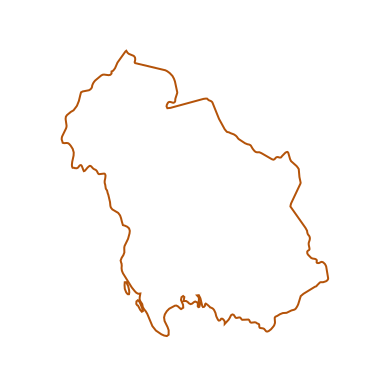 the border of Monagas, rotated 170°
{"feature_id": "VEN-46", "entity_name": "Monagas", "entity_type": "State", "adm_level": 1, "iso_a3": "VEN", "parent_name": "Venezuela", "parent_adm1": "", "projection": "equal_earth", "projection_center": [-62.996, 9.35], "detail": "fine", "context": "isolated", "style": "outline", "palette": "amber", "viewbox_px": 384, "rotation_deg": 170, "n_neighbors": 0, "source": "natural_earth", "source_scale": "10m", "svg_char_len": 5699}
<svg xmlns="http://www.w3.org/2000/svg" viewBox="0 0 384 384"><g transform="rotate(170 192 192)"><path d="M194.3,75.3L194.6,76.0L196.3,78.2L197.8,79.7L198.6,79.2L199.0,77.7L200.1,76.8L201.2,76.8L201.7,78.0L202.2,85.9L203.2,89.2L205.0,89.3L203.6,87.0L203.8,85.1L204.3,83.3L203.7,81.3L203.7,80.4L204.1,78.9L204.8,77.6L205.7,77.5L206.2,78.5L205.6,81.0L206.1,82.4L207.9,83.6L209.5,83.1L211.1,82.1L212.8,81.8L214.3,82.9L215.4,84.5L216.8,85.7L219.2,86.0L217.8,89.9L218.8,91.1L220.6,90.2L221.6,87.6L220.4,82.5L220.7,79.6L223.1,78.6L223.8,79.3L225.9,82.0L227.2,82.9L228.6,83.0L234.7,81.0L237.5,79.0L240.0,76.2L241.3,73.3L241.4,69.7L239.5,63.1L239.0,59.9L239.8,55.5L241.8,54.5L244.4,55.5L246.9,57.2L251.6,61.8L254.3,66.8L257.2,79.7L258.2,82.4L259.5,84.8L260.4,87.2L260.5,90.3L261.9,93.5L262.2,95.6L261.7,97.7L260.5,101.0L262.6,101.1L264.3,102.4L265.6,104.3L267.9,108.5L274.1,123.9L274.7,126.6L274.6,129.2L274.0,131.6L273.8,133.9L274.0,134.4L274.2,136.9L272.7,139.4L270.6,141.7L269.1,144.2L268.4,148.9L267.8,150.5L263.1,157.0L260.7,162.1L260.0,164.5L260.3,167.1L261.8,169.0L263.8,170.4L265.8,171.4L266.2,174.9L266.4,178.3L266.9,181.4L268.3,184.2L273.5,188.7L274.6,190.8L274.8,192.5L274.5,196.3L274.9,203.8L275.2,205.2L275.4,208.3L275.7,208.9L276.0,209.5L276.3,210.3L276.3,211.1L276.2,214.1L276.4,215.9L276.3,217.0L276.0,218.3L275.1,220.5L274.6,222.1L274.3,223.4L274.5,224.6L274.9,225.2L275.5,225.4L280.4,225.7L280.9,226.0L281.2,226.5L281.5,227.2L281.9,228.7L282.2,229.4L282.6,230.0L283.0,230.5L284.6,231.6L285.1,232.1L285.5,232.6L286.6,234.4L287.0,234.9L287.4,235.3L287.9,235.4L288.3,235.5L289.3,235.0L290.6,234.2L293.1,232.1L294.1,231.4L294.9,231.3L295.1,232.0L295.9,236.2L296.1,236.9L296.4,237.5L296.8,237.8L297.2,237.8L297.8,237.7L298.3,237.4L299.9,235.9L300.9,235.5L301.5,235.4L303.4,235.9L303.9,236.3L305.4,236.6L305.7,237.9L305.6,239.5L304.7,242.6L302.3,248.4L301.6,251.5L302.0,255.2L303.4,258.6L304.4,260.3L305.3,261.4L306.7,262.0L309.4,262.3L310.8,262.9L310.9,264.3L311.1,265.4L311.2,266.4L310.9,267.8L310.3,269.2L305.0,276.5L304.3,277.9L304.0,279.3L303.8,285.9L303.1,288.1L301.7,289.5L297.5,291.9L294.5,293.0L290.7,296.5L290.2,297.1L287.6,301.3L285.3,306.6L284.0,309.4L282.2,310.0L275.8,310.1L274.3,310.7L273.6,311.2L273.0,311.7L272.4,312.5L272.1,313.1L272.0,313.7L271.6,314.5L270.5,316.2L269.3,317.5L268.0,318.6L261.2,322.5L259.6,323.0L258.2,322.9L253.7,321.5L252.0,321.6L250.7,322.6L250.3,324.7L248.9,325.0L247.5,326.1L246.2,327.4L242.9,332.4L242.5,332.8L233.2,341.9L232.2,342.5L231.3,340.3L230.2,339.0L225.8,336.2L225.2,335.3L224.8,334.3L224.8,333.3L224.9,332.4L225.4,330.9L225.8,330.2L225.9,329.5L225.6,328.8L197.1,316.5L195.4,315.2L193.3,313.0L191.1,309.7L190.1,306.7L189.6,303.8L189.2,292.8L189.4,292.0L192.0,287.1L192.3,286.4L192.5,285.5L192.7,284.7L193.0,284.0L193.4,283.6L194.0,283.3L194.5,283.1L195.2,283.2L197.6,284.4L198.2,284.6L198.9,284.6L199.5,284.5L200.0,284.2L200.5,283.7L200.9,283.2L201.7,282.1L202.2,280.7L201.7,278.8L198.6,278.6L164.5,281.7L162.2,281.6L160.9,281.3L160.5,280.7L160.0,280.0L159.3,279.3L157.9,278.5L157.2,277.9L156.7,277.3L156.5,277.0L156.3,276.4L152.7,259.3L148.9,248.1L147.3,245.3L146.7,244.9L145.4,244.4L144.9,244.1L143.9,243.3L140.8,241.5L139.1,239.9L138.2,238.6L137.3,236.7L136.7,235.9L131.3,230.8L129.1,229.4L127.5,228.8L126.5,228.1L126.0,227.5L124.8,224.2L123.7,222.1L123.0,221.1L122.3,220.4L121.7,220.1L121.1,219.8L120.4,219.7L119.6,219.6L118.7,219.4L116.9,218.2L107.6,210.4L106.3,209.7L105.6,209.8L105.0,210.0L103.5,211.2L102.9,211.5L102.2,211.6L101.3,211.5L100.0,210.8L99.1,210.6L98.4,210.6L97.9,211.0L97.4,211.4L97.0,211.8L93.2,214.5L92.6,214.7L91.9,214.9L91.1,214.9L90.7,214.5L90.4,213.9L89.7,207.3L89.1,205.2L84.5,199.4L83.5,197.5L82.9,196.0L83.6,188.1L83.4,182.4L83.7,181.5L96.5,163.4L96.8,162.6L97.1,162.1L97.6,160.6L86.5,137.0L85.4,133.8L85.5,132.8L85.4,131.0L85.1,129.9L84.3,128.6L84.0,127.6L83.9,126.6L84.0,125.7L84.2,125.0L84.5,124.2L85.8,121.8L86.1,120.8L86.2,119.7L86.1,116.4L86.2,115.3L86.6,114.7L87.1,114.4L87.7,114.2L88.4,113.8L88.9,113.2L89.1,111.7L88.9,110.8L88.6,110.1L86.3,106.7L85.9,106.2L84.7,105.5L82.6,104.8L81.9,104.4L81.1,103.6L81.0,102.8L81.2,102.1L81.5,101.2L81.3,100.6L80.8,100.3L80.2,100.1L79.3,100.0L76.8,100.7L76.0,100.5L75.0,99.9L73.6,98.0L73.1,96.6L72.8,95.4L72.9,83.4L73.1,82.7L73.5,82.1L74.0,81.7L74.5,81.3L75.1,81.0L75.7,80.8L78.5,80.4L79.3,80.5L80.6,80.8L81.3,80.8L81.9,80.6L85.0,78.4L85.9,77.6L87.5,77.3L99.9,72.4L103.0,70.6L107.0,62.8L108.4,60.9L110.1,59.1L111.2,58.5L112.1,58.3L114.6,58.1L119.8,56.6L123.6,57.0L126.5,56.4L129.5,55.2L131.5,54.7L132.3,53.9L132.5,53.1L132.8,50.2L132.9,49.3L133.1,48.5L133.8,47.2L134.1,46.6L135.1,45.5L138.0,43.1L140.7,41.7L142.1,41.5L143.0,41.8L143.4,42.3L144.4,44.1L144.8,44.7L145.3,45.1L145.9,45.4L148.6,46.3L149.0,46.8L149.1,47.5L149.1,48.2L148.9,49.0L148.9,49.7L149.1,50.3L149.6,50.7L150.2,50.9L150.7,51.3L151.1,51.8L151.8,52.4L152.8,52.8L156.2,53.0L157.0,53.4L157.4,54.0L157.8,55.5L158.1,56.2L158.6,56.6L164.6,57.4L165.1,57.7L165.4,58.3L166.1,59.6L166.6,60.1L167.5,60.3L169.5,60.2L170.2,60.3L170.8,60.6L171.1,61.0L171.4,61.9L172.3,63.8L173.5,64.4L174.4,64.1L175.0,63.8L175.8,62.7L176.6,61.6L178.1,59.9L182.7,56.4L182.3,58.4L182.4,59.0L182.7,60.0L183.2,60.8L183.9,61.8L184.6,62.1L185.3,62.1L186.2,61.1L186.9,60.7L187.9,60.7L188.4,61.3L188.8,62.3L189.5,64.7L189.7,65.7L189.9,68.8L190.7,71.8L191.2,72.8L191.8,73.6L192.2,74.0L193.8,75.1L194.3,75.3ZM273.3,102.9L274.2,104.5L275.0,108.3L274.6,112.0L273.9,114.8L272.4,114.6L271.2,110.4L271.0,106.5L271.2,104.0L271.8,102.3L272.8,102.4L273.3,102.9ZM264.9,89.5L265.6,89.9L266.3,91.5L265.7,93.9L264.2,94.8L262.9,93.2L262.1,90.4L261.1,85.3L261.1,83.2L262.2,82.8L263.5,85.0L264.9,89.5Z" fill="none" stroke="#b45309" stroke-width="2"/></g></svg>